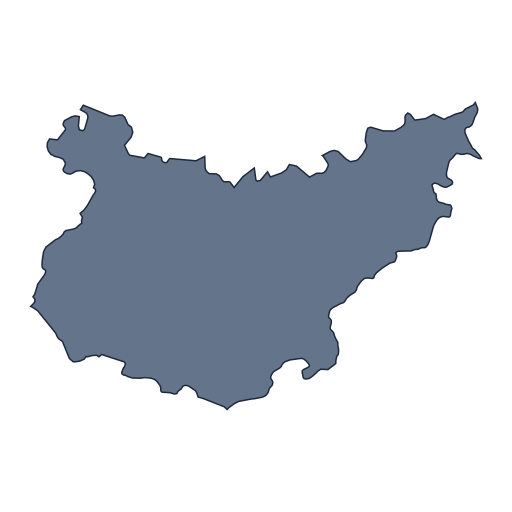 Badajoz, Robinson projection
{"feature_id": "ESP-5807", "entity_name": "Badajoz", "entity_type": "Autonomous Community", "adm_level": 1, "iso_a3": "ESP", "parent_name": "Spain", "parent_adm1": "", "projection": "robinson", "projection_center": [-5.947, 38.694], "detail": "fine", "context": "isolated", "style": "filled", "palette": "slate", "viewbox_px": 512, "rotation_deg": 0, "n_neighbors": 0, "source": "natural_earth", "source_scale": "10m", "svg_char_len": 5841}
<svg xmlns="http://www.w3.org/2000/svg" viewBox="0 0 512 512"><path d="M45.7,271.6L45.2,270.0L44.2,269.3L43.1,268.7L42.3,267.4L42.1,265.8L42.0,263.7L42.4,259.1L43.5,252.2L44.1,250.7L45.5,248.0L45.8,247.2L53.3,241.4L55.7,239.6L58.2,238.6L61.0,236.4L63.3,233.9L64.2,231.9L65.8,230.6L73.6,229.0L76.3,227.8L78.3,225.8L80.3,224.2L81.7,223.3L81.5,220.4L82.4,217.3L80.1,213.3L83.7,210.4L87.4,205.5L93.1,195.2L94.7,193.1L95.6,191.1L95.4,189.2L93.5,187.8L94.7,184.3L93.6,180.4L91.3,176.7L88.6,174.3L84.8,171.8L80.5,170.6L76.1,171.1L72.1,173.4L70.1,174.1L67.5,173.7L65.1,172.5L63.4,170.9L63.1,169.2L65.0,165.2L65.4,163.1L63.3,159.3L59.4,157.5L54.8,156.4L50.7,154.2L48.4,151.0L47.1,146.9L47.4,142.7L49.6,138.9L57.4,139.9L65.2,130.1L65.6,129.1L65.3,127.8L63.5,125.7L63.1,124.2L63.3,123.4L64.2,121.1L64.7,120.5L71.8,116.7L75.4,115.9L79.3,116.6L78.4,125.8L79.3,129.7L82.6,130.7L83.9,130.0L84.8,128.7L87.8,118.0L87.9,116.3L87.5,114.9L86.8,113.7L85.7,112.6L80.4,109.7L83.3,105.2L110.0,116.0L112.8,116.2L119.2,114.9L122.3,115.1L124.8,117.3L128.0,124.5L131.4,127.1L132.8,132.4L131.0,137.4L124.5,145.3L128.3,153.5L129.7,155.2L144.4,157.9L148.0,153.5L160.4,157.0L161.2,157.5L161.6,158.2L161.8,160.0L162.2,160.9L162.8,161.7L163.6,162.2L165.4,162.7L167.0,162.3L168.7,159.7L169.8,158.5L196.0,160.8L204.7,156.4L205.1,167.4L205.8,170.4L208.9,173.6L216.4,173.9L219.4,175.7L222.4,180.4L223.6,181.5L225.1,181.8L228.9,181.7L229.9,182.0L234.1,187.5L242.9,176.7L254.3,168.0L255.9,179.9L256.3,180.6L257.3,181.1L260.2,180.6L267.5,171.8L270.4,177.0L281.5,173.0L286.4,169.7L289.4,164.5L296.5,166.1L309.5,177.1L316.8,173.2L322.1,173.3L324.2,172.4L326.2,170.1L328.2,166.0L328.1,163.9L323.3,156.3L322.3,155.6L330.1,151.4L334.2,150.4L338.2,151.5L346.3,159.3L350.4,161.7L356.1,160.6L358.4,159.1L362.5,154.3L366.5,147.5L366.7,145.8L366.5,144.4L365.5,141.9L365.2,140.5L366.3,132.6L367.8,128.2L370.8,127.2L383.2,130.9L394.5,131.0L400.8,127.5L403.8,125.0L404.8,123.3L405.1,121.4L405.0,117.2L405.4,115.3L407.8,113.0L410.4,114.4L414.8,120.1L425.6,118.6L433.5,114.3L444.2,119.4L448.3,117.1L449.2,117.0L450.4,116.6L451.5,115.9L455.2,114.2L461.2,112.5L463.0,111.7L465.3,109.0L473.5,104.9L475.3,102.5L477.8,109.1L477.2,112.6L474.8,117.1L472.4,124.0L470.8,125.9L469.2,127.0L467.4,127.3L466.0,128.0L464.8,129.6L464.9,131.7L465.3,133.5L468.5,140.9L471.4,146.0L471.7,146.8L472.5,148.2L474.5,149.6L479.3,155.1L481.3,158.6L479.1,158.5L478.3,158.2L472.5,155.5L471.2,154.7L469.8,154.0L466.9,153.5L463.9,154.2L462.4,154.3L460.8,154.3L457.9,153.5L456.5,153.5L455.4,154.4L454.4,155.6L453.4,156.9L451.1,159.3L449.9,160.3L449.2,161.6L448.5,163.9L446.5,172.4L446.5,175.2L447.1,177.3L448.2,178.4L451.1,180.0L452.2,181.1L452.6,182.9L452.0,184.3L448.0,186.5L446.6,187.1L444.9,187.3L441.9,186.3L437.8,183.9L436.4,183.5L434.8,183.1L433.4,183.6L432.1,184.7L432.2,186.0L432.6,187.5L433.2,189.0L433.4,190.5L433.8,192.0L434.6,193.0L435.4,193.6L436.0,193.9L436.0,194.1L436.2,195.6L436.3,197.0L436.5,198.5L437.0,200.0L437.8,201.2L438.9,202.1L444.6,203.6L445.7,204.3L450.1,204.9L451.2,206.2L451.9,208.4L451.0,211.3L450.3,215.9L449.5,216.9L448.2,217.0L443.5,216.4L442.0,216.6L440.5,217.1L439.1,217.8L438.0,218.9L436.7,220.3L434.2,224.6L433.4,226.6L429.4,240.8L427.8,244.8L426.2,246.9L425.1,247.6L424.2,247.7L423.1,247.7L421.1,247.9L418.6,249.1L414.1,249.7L411.4,250.9L398.1,251.2L396.3,252.1L395.8,253.2L396.5,254.6L396.8,256.2L396.2,258.3L395.6,259.6L395.3,260.8L394.6,261.8L389.7,263.2L382.1,268.2L376.7,272.6L375.8,273.7L375.1,274.5L374.6,275.3L374.2,276.3L374.1,277.1L373.6,278.1L372.8,278.4L371.9,278.5L369.9,278.1L366.5,278.0L364.3,278.5L361.4,281.0L360.5,282.1L359.0,284.3L358.0,285.5L357.3,286.6L356.9,287.7L356.7,289.0L356.1,290.4L354.8,292.3L349.7,295.4L349.7,295.5L347.2,297.7L346.3,298.9L344.6,301.7L343.3,302.7L340.6,303.6L333.1,307.5L331.0,309.2L329.8,310.7L328.7,314.9L328.6,315.9L328.7,317.0L329.2,317.9L330.7,319.5L331.2,320.4L331.4,321.4L331.3,322.5L330.9,324.7L330.5,325.7L330.2,327.8L330.2,328.7L330.7,329.6L331.4,330.4L332.3,331.1L333.0,331.9L333.6,332.8L333.9,333.8L334.6,336.2L335.0,337.1L335.5,338.1L336.0,339.2L337.6,342.1L337.9,342.9L337.8,344.4L337.9,345.8L338.2,347.3L338.5,348.8L338.6,350.3L338.6,351.8L338.2,354.6L337.0,356.0L336.5,357.5L335.9,360.4L335.8,361.8L335.9,363.0L335.1,364.1L327.9,369.6L320.8,369.2L317.6,371.3L316.5,372.6L312.8,375.9L309.1,378.5L306.2,379.0L304.3,378.7L303.3,377.7L302.4,373.4L302.2,372.0L302.3,370.7L303.3,369.8L304.5,369.0L306.0,368.4L308.7,366.9L309.4,365.8L309.1,364.6L308.3,363.4L305.7,360.5L303.4,358.8L301.2,358.4L290.1,359.9L285.1,361.7L283.5,362.8L282.4,364.2L281.0,366.7L280.1,367.7L278.8,368.6L274.4,371.1L273.0,372.4L272.0,373.9L271.2,375.4L270.7,376.8L270.7,378.2L271.4,379.5L272.2,380.7L272.8,382.1L272.7,383.5L272.3,385.0L269.4,388.5L268.9,389.7L268.7,390.7L268.3,391.8L267.7,393.3L265.8,395.4L264.0,396.5L261.8,397.3L254.6,398.7L251.4,399.0L238.7,401.4L234.5,403.5L229.3,407.3L227.1,409.5L224.3,406.8L202.4,398.2L198.2,397.1L198.1,396.9L197.6,395.8L197.3,394.4L196.7,392.8L195.5,390.7L188.7,386.1L186.8,385.5L185.1,385.4L183.7,385.8L182.6,386.6L181.9,387.8L181.0,389.0L178.5,391.0L177.6,392.0L177.2,393.1L176.6,393.7L174.2,394.0L170.1,392.7L162.1,392.2L161.1,391.3L160.7,389.9L160.8,388.4L160.5,386.9L160.0,385.5L156.8,381.3L154.5,379.4L152.3,378.6L149.9,378.0L144.4,377.6L140.4,378.2L132.5,378.0L127.9,376.6L125.8,375.5L123.6,375.0L122.2,374.1L121.7,372.9L122.0,371.5L123.1,368.8L123.8,367.5L124.7,366.3L125.2,364.9L125.2,363.5L124.3,361.9L101.6,354.5L98.8,356.8L96.5,355.2L91.9,355.6L87.5,356.8L87.0,356.8L86.1,356.5L84.1,359.2L80.0,361.0L75.7,361.8L73.2,361.8L70.9,359.8L69.3,358.3L62.6,341.8L61.8,340.9L58.9,338.9L57.8,337.7L57.1,336.4L56.0,333.7L55.3,332.6L37.7,310.8L33.0,307.5L30.7,306.4L33.1,304.0L34.8,301.7L35.0,299.3L33.0,296.7L34.7,294.3L37.8,284.1L44.8,274.4L45.7,271.6Z" fill="#64748b" stroke="#1e293b" stroke-width="1.5"/></svg>